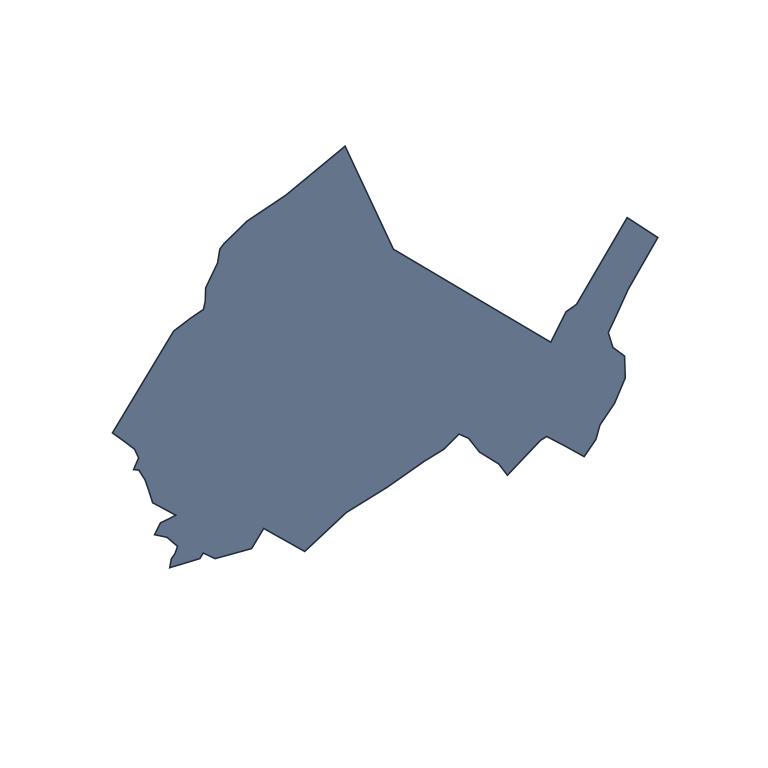 outline of Yoloten, Mary, Turkmenistan, rotated 301°
{"feature_id": "10190150B71181095534415", "entity_name": "Yoloten", "entity_type": "district", "adm_level": 2, "iso_a3": "TKM", "parent_name": "Turkmenistan", "parent_adm1": "Mary", "projection": "mercator", "projection_center": [63.056, 37.187], "detail": "fine", "context": "isolated", "style": "filled", "palette": "slate", "viewbox_px": 768, "rotation_deg": 301, "n_neighbors": 0, "source": "geoboundaries", "source_scale": "gbopen_adm2", "svg_char_len": 1119}
<svg xmlns="http://www.w3.org/2000/svg" viewBox="0 0 768 768"><g transform="rotate(301 384 384)"><path d="M453.1,182.7L421.8,174.5L415.0,173.8L401.9,179.0L374.5,181.6L362.7,188.2L354.9,190.8L340.6,184.2L321.0,176.4L290.3,176.4L256.3,176.4L223.7,176.4L202.2,176.4L200.9,192.1L199.6,203.8L194.3,211.7L181.6,213.4L183.9,218.2L178.7,228.6L172.1,236.5L163.0,246.9L164.3,273.0L157.8,269.1L149.9,263.9L136.6,264.9L140.8,276.9L138.5,290.6L131.0,292.2L124.6,291.7L116.7,294.7L116.1,294.9L139.5,316.1L146.0,316.1L147.3,329.2L174.7,355.3L198.2,355.3L199.6,402.3L254.4,417.9L297.5,440.1L338.6,458.4L358.8,468.9L379.7,474.1L381.0,484.5L374.8,501.0L374.5,523.7L369.3,536.8L416.3,547.2L422.8,550.5L423.6,564.2L424.1,572.7L424.8,593.0L445.7,594.2L460.0,590.3L461.3,590.3L486.1,591.6L513.5,587.7L531.8,575.9L533.3,561.3L543.6,549.8L568.4,547.2L577.5,546.1L590.6,544.6L599.1,544.4L611.8,544.1L612.1,544.1L650.6,543.3L650.6,543.1L651.9,506.7L551.4,508.0L546.4,505.8L539.7,502.8L505.7,505.4L505.1,426.6L504.4,322.6L504.7,322.2L567.9,228.1L566.0,227.5L495.6,202.7L453.1,182.7Z" fill="#64748b" stroke="#1e293b" stroke-width="1.5"/></g></svg>